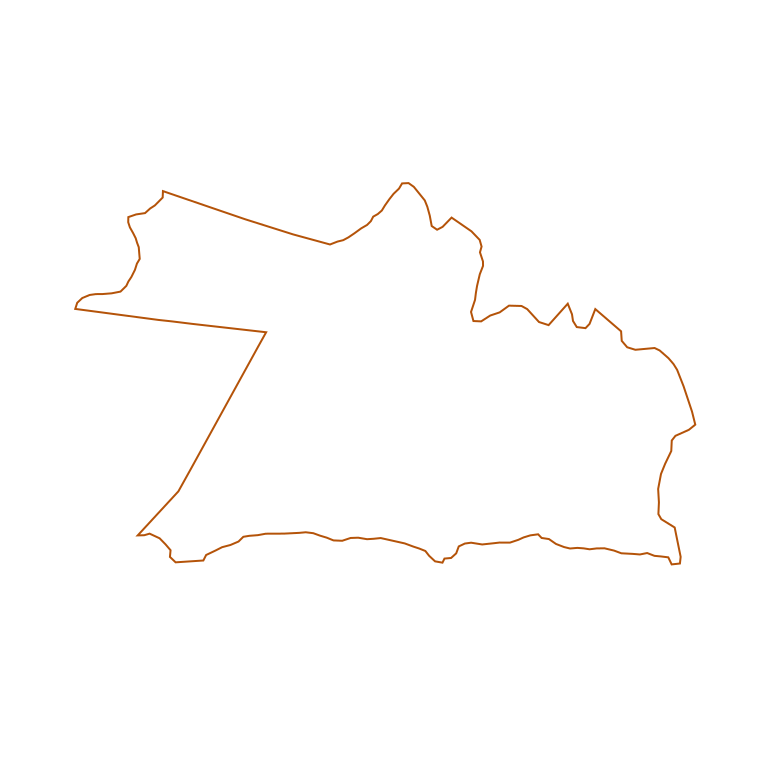 the district of Catolé do Rocha, Paraíba, Brazil, rotated 97°
{"feature_id": "56859067B20984323876399", "entity_name": "Catolé do Rocha", "entity_type": "district", "adm_level": 2, "iso_a3": "BRA", "parent_name": "Brazil", "parent_adm1": "Paraíba", "projection": "equal_earth", "projection_center": [-37.705, -6.33], "detail": "fine", "context": "isolated", "style": "outline", "palette": "amber", "viewbox_px": 768, "rotation_deg": 97, "n_neighbors": 0, "source": "geoboundaries", "source_scale": "gbopen_adm2", "svg_char_len": 2375}
<svg xmlns="http://www.w3.org/2000/svg" viewBox="0 0 768 768"><g transform="rotate(97 384 384)"><path d="M281.9,211.4L305.5,227.8L303.6,237.7L292.2,251.0L289.8,257.0L291.0,269.5L298.8,277.9L303.1,286.9L310.0,295.2L310.6,302.9L301.9,306.4L289.4,303.9L282.4,303.9L275.4,303.6L263.4,302.3L254.7,300.1L250.3,300.7L241.6,304.8L235.7,303.9L229.3,306.6L221.8,315.8L210.6,337.2L220.9,345.0L224.4,350.1L221.4,355.9L211.3,359.1L202.8,362.6L196.8,365.9L184.7,378.4L181.6,384.1L182.7,390.5L188.2,392.9L194.1,397.7L199.9,401.2L206.6,404.8L212.1,407.3L216.1,410.9L219.2,415.1L224.0,416.9L228.2,420.2L232.3,425.6L238.0,431.7L242.8,437.2L246.2,442.0L248.3,447.5L252.1,454.6L246.6,492.4L237.4,541.9L219.5,626.9L225.9,626.4L234.7,633.2L238.3,637.5L243.5,642.0L245.9,650.7L249.5,658.1L254.6,657.6L259.5,655.3L264.8,651.4L269.6,648.2L273.9,646.3L278.1,644.1L284.4,642.8L289.6,641.7L294.6,643.9L301.0,645.1L308.6,647.8L313.4,650.2L318.0,651.7L324.4,656.8L327.2,665.4L329.0,674.2L329.9,681.0L331.5,687.0L335.4,693.9L340.8,698.4L347.1,699.6L347.9,615.8L347.7,602.0L347.7,582.1L347.0,507.3L362.3,513.5L491.7,565.3L515.6,575.0L564.3,610.0L563.3,603.5L561.1,598.4L564.5,587.9L569.7,581.4L575.0,575.6L581.7,575.4L586.4,569.1L581.2,541.8L575.4,539.7L569.8,530.9L565.7,524.8L562.5,516.8L558.1,509.2L552.8,505.0L551.1,499.2L549.4,490.8L547.0,483.1L544.7,465.1L542.1,450.1L540.7,443.6L540.7,436.0L542.3,429.1L543.5,422.1L545.4,415.1L544.7,406.4L540.9,398.4L539.7,390.9L540.1,381.9L538.9,375.5L537.3,368.5L539.7,344.0L541.8,335.1L543.0,329.0L544.7,322.6L549.0,318.3L553.8,311.7L554.2,304.2L549.9,302.7L548.5,296.2L543.3,291.7L536.1,290.0L532.5,284.3L530.9,278.2L531.3,267.0L528.7,255.8L527.3,250.0L526.1,239.7L522.3,231.7L519.3,226.8L516.4,220.3L514.4,212.7L517.6,208.8L517.8,201.4L521.8,193.8L523.9,185.4L524.6,179.3L523.1,172.1L522.8,165.8L523.0,159.8L521.3,153.0L520.2,145.2L521.3,135.4L523.1,127.8L522.3,116.3L522.0,109.2L519.7,102.2L521.6,94.6L521.4,88.0L521.4,80.7L528.0,76.5L526.1,68.4L519.4,68.5L491.0,78.0L484.4,92.3L479.7,95.8L468.0,96.7L454.8,99.1L439.5,98.1L428.8,95.2L415.5,90.7L405.0,91.5L399.9,88.4L392.3,75.8L386.4,70.1L373.9,74.9L349.7,86.4L334.2,94.8L328.9,99.1L323.7,104.8L317.1,114.5L315.3,119.8L319.4,138.7L317.9,147.1L312.2,153.3L302.8,155.1L283.9,183.4L299.3,187.3L304.0,190.8L304.0,199.6L298.4,204.1L291.9,205.9L281.9,211.4Z" fill="none" stroke="#b45309" stroke-width="2"/></g></svg>